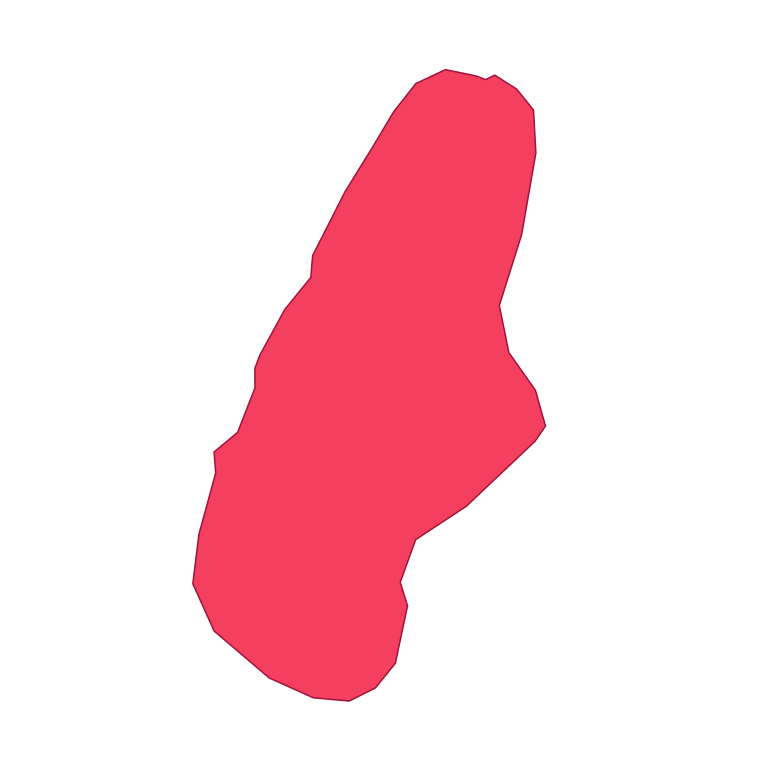 outline of Eauripik, Federated States of Micronesia, rotated 97°
{"feature_id": "79324940B30651235990726", "entity_name": "Eauripik", "entity_type": "district", "adm_level": 2, "iso_a3": "FSM", "parent_name": "Federated States of Micronesia", "parent_adm1": "", "projection": "equal_earth", "projection_center": [143.077, 6.683], "detail": "fine", "context": "isolated", "style": "filled", "palette": "rose", "viewbox_px": 768, "rotation_deg": 97, "n_neighbors": 0, "source": "geoboundaries", "source_scale": "gbopen_adm2", "svg_char_len": 642}
<svg xmlns="http://www.w3.org/2000/svg" viewBox="0 0 768 768"><g transform="rotate(97 384 384)"><path d="M93.8,269.0L75.1,288.3L63.9,311.8L69.5,320.2L67.0,330.3L64.5,361.3L81.9,389.0L112.5,407.5L150.5,424.3L197.9,446.1L235.3,459.6L265.2,470.5L287.1,469.6L322.0,491.5L370.6,510.8L384.3,514.1L403.6,511.6L449.8,523.4L472.2,544.4L492.8,540.2L555.8,549.4L605.6,549.4L649.9,522.5L689.8,462.1L704.1,415.9L702.9,379.8L686.7,355.5L659.9,338.7L601.3,333.6L578.8,343.7L534.6,333.6L495.3,287.4L422.3,227.0L406.1,218.6L371.8,232.9L337.6,263.9L292.0,279.1L219.1,265.6L136.2,261.4L93.8,269.0Z" fill="#f43f5e" stroke="#9f1239" stroke-width="1.5"/></g></svg>